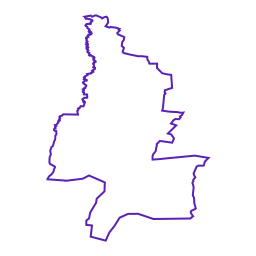 the district of Sesavas pag., Jelgava, Latvia
{"feature_id": "27541924B5814503616889", "entity_name": "Sesavas pag.", "entity_type": "district", "adm_level": 2, "iso_a3": "LVA", "parent_name": "Latvia", "parent_adm1": "Jelgava", "projection": "equal_earth", "projection_center": [23.783, 56.412], "detail": "fine", "context": "isolated", "style": "outline", "palette": "violet", "viewbox_px": 256, "rotation_deg": 0, "n_neighbors": 0, "source": "geoboundaries", "source_scale": "gbopen_adm2", "svg_char_len": 5327}
<svg xmlns="http://www.w3.org/2000/svg" viewBox="0 0 256 256"><path d="M208.5,157.9L195.2,155.7L194.2,155.7L164.1,158.6L160.5,159.0L152.6,159.6L152.5,157.6L152.6,155.9L153.3,154.1L154.8,152.3L155.9,150.6L156.0,148.7L156.9,145.2L156.7,144.1L158.0,142.9L159.8,141.0L165.5,141.7L172.1,142.7L174.0,138.5L171.2,134.4L167.9,133.5L176.2,125.4L171.0,123.5L173.5,120.2L174.0,119.8L175.2,119.3L175.4,119.0L179.1,119.2L180.6,117.4L180.0,116.4L181.9,115.2L183.3,112.6L181.9,112.8L179.0,112.5L177.0,112.0L176.7,112.1L168.6,111.6L162.1,110.6L162.8,108.9L163.0,106.6L163.2,106.0L163.2,105.0L164.2,94.8L165.5,93.5L165.4,93.1L164.6,92.3L165.0,90.2L172.1,87.9L171.2,74.9L165.8,74.1L162.2,73.2L157.0,68.0L157.1,63.7L149.5,63.7L148.7,61.4L147.4,59.6L147.2,56.8L140.4,56.1L138.6,56.3L130.2,54.6L123.6,53.0L122.6,51.8L124.0,47.9L121.7,45.9L122.3,42.0L123.8,40.0L124.2,37.0L117.9,34.3L117.3,33.5L117.4,32.9L119.8,30.4L118.5,29.5L118.5,29.3L119.2,28.8L116.1,27.7L110.5,27.0L109.7,27.6L105.6,26.3L108.2,22.5L107.7,18.3L106.6,16.7L104.5,17.1L102.0,18.4L101.6,17.7L96.5,15.5L95.3,15.4L92.1,16.7L90.8,15.6L85.1,16.6L85.3,16.7L84.8,17.2L84.9,17.5L85.4,18.0L85.9,18.8L87.4,18.6L88.4,19.1L89.7,19.1L91.8,19.9L92.3,20.3L92.5,20.7L92.5,20.9L92.3,21.0L91.8,21.0L91.4,21.2L91.4,22.0L91.2,22.2L90.6,22.2L90.5,22.3L90.4,22.5L90.8,23.1L90.7,23.9L89.8,24.1L88.1,23.8L87.7,24.0L86.5,24.1L86.1,24.3L85.5,25.3L85.4,25.5L85.9,26.2L86.7,26.4L87.3,26.9L87.4,27.6L87.7,28.0L87.6,28.3L88.1,28.7L89.2,29.1L89.4,29.3L89.4,29.5L89.1,29.7L89.1,30.1L89.3,30.2L89.6,30.2L89.8,30.7L89.1,31.2L89.5,31.4L89.1,31.9L89.2,32.5L89.6,32.5L90.5,31.9L91.0,32.0L91.3,32.3L91.2,32.7L91.7,33.5L91.6,33.8L90.7,34.5L90.1,34.4L89.5,34.9L89.2,34.7L88.3,35.0L88.3,35.4L87.9,35.3L87.7,35.6L88.2,35.9L87.9,36.4L88.0,36.7L87.5,36.5L87.1,37.0L86.2,37.6L86.2,37.8L85.9,38.1L86.1,38.5L86.8,38.4L87.0,38.7L86.6,39.5L86.4,39.8L86.4,40.2L86.8,40.6L86.8,40.8L87.4,41.3L86.9,41.7L87.2,41.9L87.2,42.4L86.6,42.6L86.8,42.9L86.7,43.1L87.0,43.3L86.8,43.4L87.0,43.6L86.4,44.1L86.7,44.2L86.5,44.3L86.8,44.8L87.3,44.8L87.6,44.9L87.5,45.1L87.8,45.6L86.6,45.9L86.4,46.2L86.4,46.3L86.4,47.0L86.8,47.2L86.9,46.8L87.2,46.7L87.7,46.9L87.7,47.1L87.3,47.3L87.2,47.5L88.1,47.8L87.3,48.8L86.8,49.0L87.0,49.2L87.6,49.2L87.9,49.6L87.9,50.0L88.3,50.3L88.4,50.5L87.4,51.2L87.3,51.7L87.4,52.0L88.0,52.6L89.3,53.0L89.1,53.8L89.1,54.0L89.3,54.2L90.1,54.7L89.3,55.4L89.8,55.7L90.5,55.6L91.5,55.7L92.6,56.3L92.5,56.7L92.6,56.8L93.4,56.7L94.1,57.0L94.4,57.4L94.4,58.2L94.2,58.5L93.8,58.5L93.3,58.9L93.4,59.9L93.7,60.4L94.6,60.4L95.7,61.4L95.7,61.8L95.0,62.3L94.1,62.4L93.9,62.6L93.7,62.8L93.8,63.2L93.1,63.6L93.2,64.2L93.7,64.4L93.8,64.6L94.1,66.1L93.3,67.1L93.2,67.4L93.4,67.5L94.4,67.6L95.0,67.8L95.0,68.8L93.7,69.8L92.4,70.4L92.1,70.7L92.7,71.1L93.3,71.8L92.7,72.1L91.8,72.8L91.4,72.6L91.2,72.7L90.8,73.0L90.8,73.5L90.6,73.6L89.1,73.6L87.2,74.0L87.7,74.6L87.7,75.0L86.8,75.4L85.9,76.0L84.7,76.4L84.5,76.6L84.6,76.8L84.5,77.1L84.2,77.4L84.9,77.6L85.0,77.8L84.9,78.0L84.3,78.4L84.4,78.8L84.0,79.3L84.3,79.4L84.9,79.2L85.6,79.7L86.7,79.9L86.8,80.0L86.8,80.5L86.7,80.7L86.4,80.7L85.3,80.3L84.7,80.5L84.4,81.5L83.3,82.0L83.1,82.4L83.3,82.5L83.2,83.0L83.3,83.3L83.6,83.6L84.1,83.7L84.5,84.2L85.8,85.0L85.7,85.2L86.3,85.7L86.2,86.2L85.5,86.9L85.3,88.0L84.3,88.2L84.0,88.7L83.8,88.6L83.7,89.0L83.2,89.2L83.5,89.4L84.0,89.1L84.0,89.4L84.0,89.5L83.6,89.7L83.6,90.0L83.3,90.3L83.7,90.7L82.8,91.8L82.9,92.0L83.6,92.1L84.0,92.4L84.1,92.8L84.1,93.4L83.7,93.9L83.8,94.4L87.1,94.5L87.2,97.7L84.2,97.8L83.8,98.3L83.0,98.8L83.0,99.1L82.9,99.2L82.7,99.1L82.4,99.3L82.9,100.0L82.9,100.4L83.2,100.7L84.0,101.0L84.4,101.5L84.0,101.8L83.6,101.5L83.3,101.7L83.3,101.9L84.0,102.6L84.2,102.9L84.8,102.8L83.5,106.3L80.7,106.2L80.6,106.6L79.9,107.2L79.9,107.8L79.4,108.2L78.2,108.3L78.0,108.6L78.4,109.0L78.4,109.5L78.1,110.2L77.2,111.1L78.0,114.6L63.3,114.3L63.2,114.6L62.3,115.1L61.9,115.8L61.4,115.7L60.7,116.2L60.0,116.2L59.5,116.5L59.4,116.9L59.8,117.3L60.1,118.3L59.9,118.4L60.0,118.6L59.5,118.8L59.2,119.3L59.6,120.0L59.7,120.3L58.8,120.3L58.6,120.5L59.0,121.0L58.4,121.4L57.9,122.1L58.3,122.7L56.7,124.2L56.4,124.8L54.9,125.2L55.1,125.6L55.5,125.6L56.1,126.1L55.1,126.7L55.0,127.1L55.4,127.4L55.6,128.1L55.4,128.2L54.6,128.4L54.3,128.6L54.0,129.9L54.1,130.2L54.6,130.7L55.6,130.8L55.9,130.7L56.3,131.1L56.4,134.1L56.2,134.5L55.5,135.5L55.3,136.1L55.3,138.2L54.9,140.0L54.2,141.2L53.0,145.7L52.6,146.2L51.5,147.0L50.2,150.8L50.8,154.1L50.7,154.8L49.6,157.5L49.4,162.5L50.1,164.0L54.6,166.4L54.9,166.8L55.0,167.2L53.9,169.7L53.6,171.3L53.2,172.2L51.4,174.5L49.3,176.1L47.8,178.3L47.5,179.3L64.3,180.5L65.1,180.6L65.3,180.8L65.8,180.7L66.7,180.7L82.8,178.7L89.0,175.5L104.8,182.4L104.5,191.3L96.7,198.7L96.1,202.7L96.0,203.1L95.3,204.0L90.3,212.4L90.0,213.3L89.1,218.4L86.5,220.4L86.3,220.8L86.3,224.9L91.8,225.4L92.0,225.5L90.7,236.6L91.5,236.9L105.7,240.6L109.4,232.4L114.6,225.8L119.6,217.7L128.0,213.9L138.1,213.8L153.5,219.0L190.4,218.5L191.7,217.3L193.1,216.3L191.3,213.7L190.8,212.5L190.7,212.2L191.2,210.9L195.4,208.9L195.8,208.5L194.4,203.7L194.0,198.0L193.8,197.3L192.9,195.6L192.8,195.2L193.6,187.8L193.5,186.3L193.2,185.4L192.4,182.8L192.5,182.5L193.4,181.3L193.2,180.5L193.2,179.9L195.3,177.3L194.2,175.6L193.6,173.5L196.6,166.6L198.3,165.7L203.1,165.7L203.8,165.4L204.8,161.7L208.5,157.9Z" fill="none" stroke="#5b21b6" stroke-width="2"/></svg>